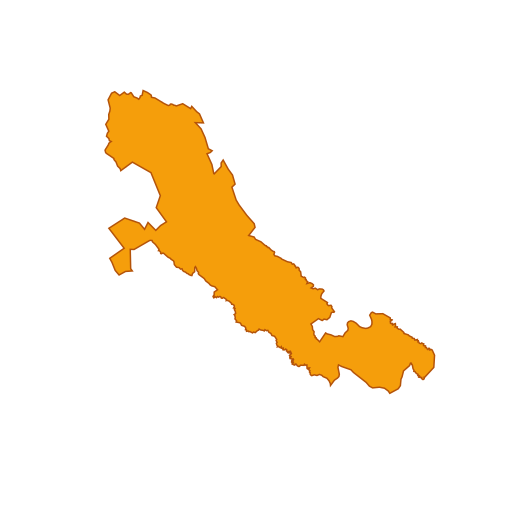 the district of Cuetzala del Progreso, Guerrero, Mexico, rotated 303°
{"feature_id": "50627088B8879527191332", "entity_name": "Cuetzala del Progreso", "entity_type": "district", "adm_level": 2, "iso_a3": "MEX", "parent_name": "Mexico", "parent_adm1": "Guerrero", "projection": "orthographic", "projection_center": [-99.835, 18.107], "detail": "fine", "context": "isolated", "style": "filled", "palette": "amber", "viewbox_px": 512, "rotation_deg": 303, "n_neighbors": 0, "source": "geoboundaries", "source_scale": "gbopen_adm2", "svg_char_len": 6114}
<svg xmlns="http://www.w3.org/2000/svg" viewBox="0 0 512 512"><g transform="rotate(303 256 256)"><path d="M188.0,389.0L194.6,389.4L197.9,390.8L200.0,391.2L202.2,390.3L207.3,385.3L209.6,384.5L210.0,388.1L212.3,397.6L211.4,401.2L210.0,417.2L208.6,422.0L208.9,425.6L213.2,431.0L215.1,435.8L214.8,440.5L213.7,443.0L222.1,447.6L225.9,447.7L231.6,444.7L234.2,444.3L240.0,442.3L247.7,444.5L250.3,443.9L250.7,444.7L249.8,445.7L249.8,446.4L247.0,449.1L246.2,450.7L245.2,451.2L245.6,452.5L244.8,454.4L245.0,456.3L244.1,456.6L244.5,458.4L244.3,458.8L243.1,458.2L243.0,458.6L244.3,461.1L243.4,461.5L243.3,463.3L243.8,463.7L244.7,463.9L245.8,463.0L246.1,463.5L259.4,465.8L270.0,459.8L273.1,455.0L273.0,453.7L271.9,453.0L272.8,452.2L272.9,451.3L271.2,451.1L271.4,449.9L272.1,448.8L271.5,447.9L272.9,447.1L272.1,445.3L273.7,444.5L273.3,443.5L273.4,442.4L272.3,442.1L271.8,440.5L272.6,439.2L272.2,438.5L273.4,438.2L273.1,436.9L273.7,436.7L272.0,435.1L273.0,433.7L272.2,431.8L272.9,431.2L272.5,428.1L272.8,426.6L271.6,422.3L272.4,421.7L273.2,416.8L272.3,415.7L272.5,413.5L273.5,413.1L272.3,411.2L273.4,411.1L275.2,409.7L273.9,408.7L272.6,408.3L272.7,407.7L273.7,407.1L272.8,405.5L274.4,404.1L275.8,405.0L276.6,404.9L275.9,403.2L277.2,402.3L276.7,393.8L272.7,388.0L272.4,384.3L271.3,383.6L268.3,383.6L265.6,387.6L264.0,389.1L261.8,390.4L259.1,390.6L256.3,388.9L254.9,387.3L253.6,383.9L253.2,381.3L254.2,376.7L254.1,373.2L253.3,370.9L251.5,369.5L249.8,369.2L248.0,369.9L245.6,372.7L243.6,373.5L240.1,372.6L235.7,372.8L234.2,368.9L233.1,368.3L231.3,365.9L230.7,361.8L229.4,358.0L229.4,356.3L218.7,356.1L219.5,352.5L219.3,351.8L220.2,350.9L219.8,350.0L221.0,349.3L221.3,347.8L222.3,346.8L224.1,346.0L225.1,343.6L227.6,341.6L228.9,339.1L237.5,342.5L237.9,346.4L238.1,346.8L240.1,347.4L241.2,350.2L244.7,351.3L249.4,350.1L250.4,350.5L251.2,352.0L252.0,352.1L253.5,348.2L254.1,347.5L254.9,347.2L255.5,345.7L253.9,343.9L253.9,343.2L254.5,341.5L255.9,341.3L255.8,333.4L257.7,332.3L260.2,331.7L263.7,332.1L264.3,331.0L264.3,329.6L262.9,327.0L261.3,326.1L261.3,323.2L259.6,321.8L259.2,319.6L261.8,320.6L263.1,319.9L263.4,318.0L263.0,315.7L260.6,313.7L262.6,313.4L262.7,311.8L263.5,310.9L263.2,310.2L264.5,309.5L264.7,308.2L264.0,307.8L263.7,304.9L267.1,302.0L267.6,299.9L268.7,299.3L269.4,297.9L269.3,297.1L267.9,296.1L269.1,294.6L268.8,293.8L269.6,293.1L269.9,291.9L268.9,290.9L269.7,289.1L268.3,285.5L267.4,279.1L267.7,278.4L267.3,274.0L266.4,271.8L267.1,270.1L269.2,269.6L269.6,268.9L269.2,267.8L269.3,265.3L270.1,262.1L269.6,261.6L269.9,260.9L269.7,259.6L270.2,259.2L269.8,257.8L270.6,252.4L269.7,246.5L270.9,244.1L269.2,238.7L279.5,239.6L282.1,236.9L285.1,226.1L289.6,214.0L292.1,208.9L300.6,198.3L304.9,199.3L311.1,192.2L313.7,185.4L318.6,176.2L315.0,176.1L312.0,178.1L302.1,176.2L302.2,175.6L308.7,169.2L315.1,159.2L317.9,161.3L320.4,161.9L320.0,157.6L327.6,148.7L332.7,140.7L334.8,132.5L339.0,139.4L344.4,131.2L344.7,127.8L346.5,120.6L344.0,120.9L343.8,111.6L338.4,107.4L338.2,105.7L337.6,105.0L337.8,103.7L337.3,102.1L336.8,101.5L335.5,101.5L334.4,100.5L333.8,95.7L333.5,85.2L332.2,82.0L333.8,80.5L333.9,79.6L334.0,76.0L333.3,71.2L328.7,73.0L327.2,71.9L325.8,72.4L323.6,72.3L323.7,70.2L323.0,66.8L324.9,62.5L324.8,61.9L322.1,60.9L321.2,59.3L321.7,56.3L316.4,54.3L316.8,48.1L313.9,46.2L306.4,46.9L300.6,53.2L298.0,54.5L294.5,55.4L290.6,58.1L284.6,58.3L280.5,64.6L278.0,64.5L275.0,65.4L274.4,68.6L272.9,70.2L273.2,72.2L270.4,71.2L269.0,71.6L263.3,71.7L262.5,71.8L261.0,73.4L260.6,74.4L260.4,83.7L259.5,84.4L258.6,87.4L256.0,91.0L255.3,94.5L253.9,96.1L267.4,101.2L268.7,122.5L254.5,142.9L242.2,146.0L235.9,162.3L229.6,159.4L222.9,158.0L225.3,147.2L217.7,148.0L220.1,140.3L216.3,125.2L199.1,117.5L190.7,141.2L174.4,134.6L172.2,138.7L167.2,145.8L165.5,151.5L172.0,155.0L176.1,160.4L177.1,157.8L193.1,146.9L195.1,150.2L210.4,158.0L211.5,158.7L212.4,160.4L211.5,161.5L210.9,165.4L208.8,171.0L207.4,171.3L207.8,172.0L207.4,173.7L206.2,174.7L206.5,175.6L207.3,175.8L208.0,177.0L207.1,182.8L207.4,185.7L207.0,186.3L207.0,189.3L206.6,190.2L204.3,192.2L203.3,195.4L204.4,197.9L203.9,199.8L205.0,200.9L203.9,202.3L203.7,204.1L204.1,205.6L203.8,207.7L204.2,208.9L203.9,209.9L204.3,212.2L204.7,212.9L206.9,212.3L209.4,213.1L213.0,210.9L214.1,211.0L213.3,212.7L211.6,214.5L211.0,216.7L209.7,217.3L209.3,218.6L208.9,224.8L207.7,227.5L207.4,231.4L206.8,233.2L206.8,235.0L207.8,238.2L206.7,242.1L203.0,240.6L200.7,242.0L198.7,242.0L197.9,243.3L198.6,243.8L199.6,243.6L199.6,245.6L201.0,245.7L201.1,247.0L202.4,247.7L202.6,248.5L201.8,249.9L202.4,250.9L203.4,251.2L203.6,251.7L203.4,254.8L202.4,255.3L203.0,255.7L203.5,258.0L203.0,261.0L202.3,261.9L202.8,262.8L202.7,264.6L201.4,265.6L200.2,265.5L200.6,267.0L199.2,267.1L198.3,268.8L196.7,270.2L194.9,269.6L194.8,270.4L193.0,272.2L191.8,272.6L191.1,275.0L189.8,275.3L191.2,278.8L191.1,279.8L190.0,281.6L190.8,284.8L190.0,286.7L188.5,287.3L188.9,288.1L187.7,289.1L188.8,290.3L188.6,291.3L189.3,292.0L189.6,295.0L190.9,295.4L191.3,297.1L194.4,297.9L195.1,298.5L196.4,298.4L196.5,300.2L197.6,302.7L197.6,303.7L199.1,303.6L199.1,305.5L200.1,306.4L199.0,308.5L199.2,310.6L198.0,312.6L198.8,315.3L197.3,318.8L196.1,318.9L195.0,320.8L193.9,320.6L192.6,322.1L192.4,323.3L191.5,323.4L192.3,324.3L192.3,326.4L193.7,326.6L192.6,327.8L193.0,328.3L192.6,329.0L193.3,329.2L192.1,329.9L193.0,331.3L194.0,331.4L194.2,332.7L192.9,333.4L193.4,335.0L192.5,334.9L192.3,335.8L193.0,337.0L194.1,336.2L194.8,336.4L194.8,336.8L193.4,338.9L190.9,338.2L190.5,339.3L190.8,340.2L189.9,340.3L190.1,339.7L189.6,339.4L188.5,340.4L189.4,342.6L190.0,343.1L189.6,343.9L188.9,344.0L188.1,343.0L187.4,343.0L186.5,343.6L187.5,344.4L187.3,345.3L186.4,345.4L185.7,344.9L185.1,345.1L185.4,347.6L185.9,348.0L186.7,347.7L187.2,348.4L186.4,350.6L186.6,352.0L187.0,352.5L188.7,352.9L190.5,355.9L191.6,355.6L191.5,357.3L192.3,358.0L189.5,360.1L189.4,360.6L190.4,360.7L191.3,361.8L189.6,361.9L189.2,362.5L189.2,363.6L187.8,364.0L187.6,365.1L186.5,365.7L186.0,366.9L186.0,367.9L188.1,369.6L189.0,372.2L191.2,373.7L191.8,376.1L191.4,378.0L192.1,382.1L191.1,385.3L189.5,387.8L188.0,389.0Z" fill="#f59e0b" stroke="#b45309" stroke-width="1.5"/></g></svg>